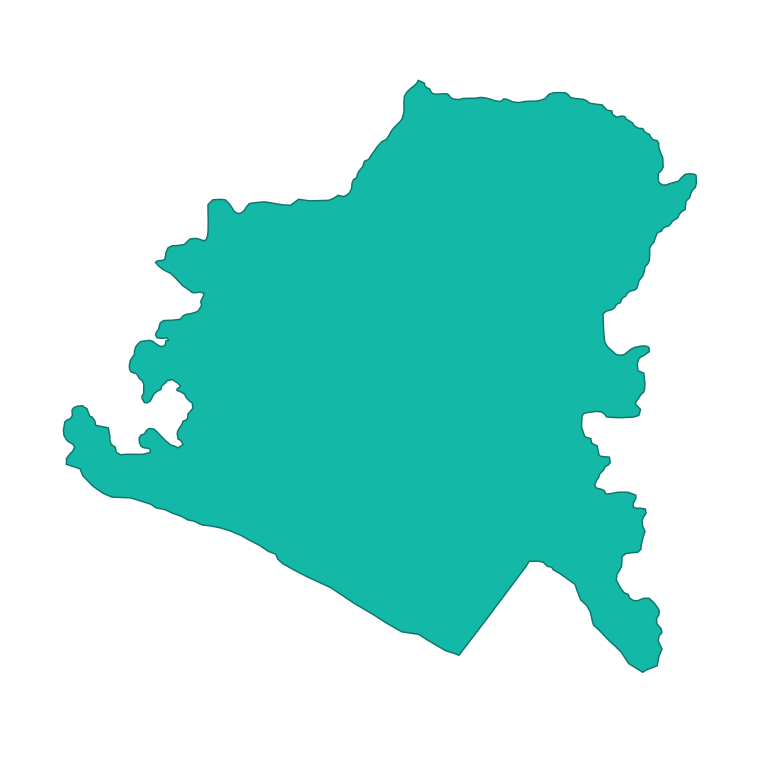 Ashqelon, HaDarom, Israel (orthographic projection), rotated 267°
{"feature_id": "584046B11408100439208", "entity_name": "Ashqelon", "entity_type": "district", "adm_level": 2, "iso_a3": "ISR", "parent_name": "Israel", "parent_adm1": "HaDarom", "projection": "orthographic", "projection_center": [34.744, 31.637], "detail": "fine", "context": "isolated", "style": "filled", "palette": "teal", "viewbox_px": 768, "rotation_deg": 267, "n_neighbors": 0, "source": "geoboundaries", "source_scale": "gbopen_adm2", "svg_char_len": 6139}
<svg xmlns="http://www.w3.org/2000/svg" viewBox="0 0 768 768"><g transform="rotate(267 384 384)"><path d="M610.3,670.9L610.4,670.6L612.7,669.5L614.0,665.2L616.6,663.4L619.5,662.0L620.4,659.8L622.3,657.4L625.5,655.8L626.1,651.4L628.4,647.7L632.0,645.6L636.0,639.5L638.3,638.6L639.2,635.9L638.3,630.1L641.4,626.2L644.8,625.8L645.8,621.0L651.2,616.6L653.4,604.9L654.6,602.7L656.1,601.4L657.9,598.0L659.2,589.3L660.2,585.4L663.7,582.7L665.2,580.7L665.9,573.8L665.9,568.5L664.7,563.9L660.6,559.9L659.1,555.1L658.6,550.8L658.8,540.0L658.0,533.6L658.8,527.8L662.1,521.0L662.4,518.5L660.0,515.3L660.7,510.9L661.7,507.7L663.3,504.2L664.4,499.8L665.1,495.7L664.6,488.9L664.9,483.3L665.0,477.6L664.1,474.1L664.8,468.9L666.4,465.5L668.9,464.1L670.5,462.4L670.7,457.4L670.6,451.5L671.2,448.3L672.8,446.4L676.2,445.0L677.5,442.6L679.0,440.7L682.5,439.9L685.4,434.1L682.6,432.5L680.1,429.6L678.0,426.4L674.6,422.4L670.5,419.5L664.3,418.6L655.3,418.3L647.6,415.9L644.6,413.1L639.8,407.7L635.9,404.3L632.6,402.5L628.0,399.0L626.2,394.6L621.4,389.8L612.9,383.0L609.1,380.5L607.3,375.9L603.5,374.8L601.6,373.6L597.3,369.7L594.0,368.2L591.5,367.6L589.7,364.3L586.6,362.7L580.7,361.8L576.6,359.4L574.1,355.9L573.3,353.5L574.8,348.1L571.8,342.8L570.3,338.4L570.8,319.2L572.9,308.4L567.3,299.9L568.2,292.2L571.9,275.6L572.1,271.5L571.9,266.1L571.2,259.0L568.1,255.9L564.8,253.6L562.0,250.0L562.0,246.3L564.7,243.0L567.3,241.8L571.9,239.0L576.1,235.3L576.9,231.2L576.9,222.7L572.3,217.6L554.3,216.9L545.6,216.3L541.5,215.6L537.9,214.2L536.3,212.2L539.1,204.7L539.2,201.2L538.9,197.8L533.8,191.9L533.1,185.7L533.1,179.9L531.3,175.5L526.7,173.2L520.2,171.8L519.0,169.6L519.0,166.5L518.5,163.4L517.3,162.2L513.5,165.2L509.4,170.1L505.5,176.9L501.2,181.0L492.7,188.1L487.7,194.7L485.6,196.9L484.9,200.1L485.5,205.1L483.8,209.1L481.3,208.2L476.1,205.3L471.9,205.9L467.4,202.8L465.9,200.8L464.5,195.5L464.0,190.5L462.8,187.3L459.2,183.6L458.8,176.2L458.9,167.2L456.7,163.8L454.0,162.7L450.6,161.8L447.8,159.5L444.8,158.4L442.0,159.9L441.3,163.8L441.4,168.0L441.1,170.2L439.2,171.2L438.6,168.6L434.3,167.4L433.1,165.6L433.2,162.9L434.1,161.1L436.6,157.6L438.7,155.3L439.9,152.1L439.1,143.2L437.1,140.6L434.2,138.1L430.3,136.6L426.3,136.2L424.4,134.4L420.5,131.8L415.4,130.6L411.7,130.8L409.1,132.3L407.0,137.5L401.9,140.3L400.1,142.8L396.5,144.1L386.6,143.4L384.6,141.7L382.0,141.7L378.1,143.7L377.5,146.2L379.2,149.7L386.3,153.9L388.8,157.5L390.0,160.7L393.7,161.9L396.3,165.5L398.6,167.7L399.5,172.9L395.7,178.0L393.1,180.4L391.3,179.6L390.0,177.1L388.5,176.9L386.3,181.4L384.2,184.4L380.8,185.7L377.7,188.4L374.9,191.6L369.7,191.8L364.4,186.7L360.1,186.1L358.5,184.8L357.4,181.4L354.0,180.0L351.0,177.6L347.7,175.5L345.3,174.9L339.8,175.5L338.2,178.1L334.1,180.4L331.0,174.9L333.3,170.9L334.1,168.1L338.0,163.7L343.4,158.8L347.7,155.2L351.0,151.9L351.9,147.4L350.0,144.2L346.8,142.3L345.7,138.6L343.0,136.7L338.4,136.7L334.5,138.1L332.9,140.9L332.0,145.8L330.8,147.2L328.0,147.0L326.5,140.7L326.5,136.2L327.3,123.6L327.1,117.2L329.9,113.0L334.9,112.3L337.9,108.5L342.1,107.3L346.1,107.5L354.6,106.4L357.8,93.9L362.4,93.3L366.4,90.6L367.3,88.4L374.7,86.1L378.1,81.5L377.9,76.8L376.6,73.0L374.3,71.1L368.7,71.1L366.0,69.2L364.3,65.0L362.8,63.3L354.4,61.4L349.1,61.8L343.6,65.0L340.0,70.3L337.0,71.8L333.0,69.4L330.9,66.9L326.0,62.9L322.7,62.9L320.4,62.5L315.3,75.9L307.9,78.6L297.2,88.0L289.7,97.5L285.3,106.4L283.5,125.1L276.1,145.0L272.2,150.0L270.1,158.6L266.2,165.7L262.4,174.9L258.5,181.1L257.0,187.1L252.9,194.5L251.4,203.1L249.3,211.7L246.0,221.2L240.6,232.7L235.3,241.0L229.3,251.4L222.8,260.0L219.8,266.8L214.5,268.9L210.0,273.4L202.3,285.5L195.4,297.4L183.2,320.5L166.5,342.8L153.7,362.1L146.1,372.5L135.6,388.7L132.2,405.4L126.1,413.9L114.4,431.7L110.9,441.0L109.2,444.6L141.7,472.3L194.3,516.2L199.3,519.6L199.0,528.9L197.7,533.7L193.5,537.5L192.2,541.9L189.7,543.2L185.3,550.0L173.9,564.3L168.3,565.8L158.0,569.2L152.1,574.9L145.3,578.2L137.3,579.5L132.3,580.6L126.8,586.1L115.9,595.4L109.8,601.5L103.9,606.8L92.0,613.8L82.6,627.3L84.8,631.2L88.3,642.0L96.5,644.0L100.1,645.3L104.6,647.8L112.9,644.4L117.6,645.3L121.4,648.5L124.8,648.0L130.3,644.0L135.4,643.8L139.0,646.4L142.9,647.1L145.6,645.9L151.4,642.2L156.1,637.5L156.4,632.1L154.3,625.8L154.8,621.4L157.7,617.9L160.9,617.0L162.9,613.0L167.5,609.7L176.1,605.7L181.8,606.7L185.6,609.4L189.2,611.6L194.8,612.3L199.2,612.6L202.1,616.9L202.6,623.8L202.6,628.6L205.6,631.9L209.7,632.4L217.1,634.6L223.2,636.9L228.9,634.8L233.9,634.6L237.5,636.1L241.1,638.9L245.5,638.4L246.6,633.4L246.6,630.0L247.8,626.8L251.0,626.3L257.0,629.6L259.8,629.6L263.1,622.1L263.7,612.4L263.0,607.6L262.3,600.1L265.9,598.4L267.1,596.5L269.1,590.6L271.8,588.9L277.1,591.5L278.8,593.1L283.1,594.9L286.6,598.8L289.8,600.4L291.5,603.8L293.8,605.8L299.1,605.3L300.5,596.3L302.0,595.0L307.4,594.1L310.9,593.7L314.0,588.3L318.5,587.7L320.2,583.2L321.4,581.6L330.4,579.0L341.4,580.0L343.9,581.7L344.7,584.7L345.5,594.5L344.7,599.8L342.2,603.0L339.5,604.5L338.7,609.9L337.9,619.4L337.9,631.4L339.3,636.8L342.1,637.9L345.3,638.8L350.3,634.3L352.3,634.3L360.1,640.2L362.4,642.9L364.6,643.8L370.4,644.6L381.2,644.0L384.1,638.2L391.3,638.0L396.6,640.2L399.0,645.3L402.4,650.6L406.0,650.7L407.4,649.5L408.3,647.0L408.4,642.5L407.3,635.9L405.5,632.0L400.9,625.6L400.4,622.9L400.5,620.1L401.6,617.0L409.5,609.1L414.1,606.7L424.1,606.1L442.7,606.4L445.2,610.0L446.2,614.8L447.8,618.1L450.5,619.7L452.1,621.8L452.7,624.1L456.1,625.7L458.0,627.6L458.9,629.8L461.3,631.2L463.8,634.3L464.7,639.0L466.0,641.3L474.0,644.2L478.4,648.1L481.3,649.3L487.7,651.0L489.8,653.5L493.4,655.4L499.3,656.1L505.7,656.4L509.1,658.5L511.6,661.0L516.2,662.7L520.7,665.0L522.3,669.2L524.2,670.3L525.4,671.5L526.3,673.7L527.0,676.7L528.8,678.6L530.8,679.9L533.3,683.4L534.4,685.8L537.8,687.7L540.3,689.8L542.5,693.9L550.6,695.1L554.2,699.0L559.4,700.9L561.8,702.7L564.1,705.2L568.6,706.6L575.9,706.6L577.3,704.9L577.9,700.2L577.6,695.8L574.4,691.7L571.1,688.7L569.1,679.4L568.0,676.6L568.1,672.4L571.1,669.0L575.9,668.5L580.0,669.0L582.3,671.8L585.9,674.1L595.6,674.2L600.3,672.3L606.0,670.8L610.3,670.9Z" fill="#14b8a6" stroke="#0f766e" stroke-width="1.5"/></g></svg>